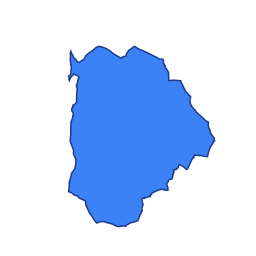 outline of Silivasu De Campie, Bistrita-Nasaud, Romania, rotated 70°
{"feature_id": "2599482B45748047003023", "entity_name": "Silivasu De Campie", "entity_type": "district", "adm_level": 2, "iso_a3": "ROU", "parent_name": "Romania", "parent_adm1": "Bistrita-Nasaud", "projection": "natural_earth1", "projection_center": [24.285, 46.784], "detail": "fine", "context": "isolated", "style": "filled", "palette": "blue", "viewbox_px": 256, "rotation_deg": 70, "n_neighbors": 0, "source": "geoboundaries", "source_scale": "gbopen_adm2", "svg_char_len": 5762}
<svg xmlns="http://www.w3.org/2000/svg" viewBox="0 0 256 256"><g transform="rotate(70 128 128)"><path d="M195.5,193.0L196.8,192.5L197.8,192.2L201.7,191.4L203.6,190.9L204.7,190.6L205.6,190.3L206.3,190.0L206.8,189.6L206.5,188.4L206.5,187.7L206.5,187.0L206.6,186.2L206.8,185.4L207.4,183.4L207.9,182.4L208.9,181.2L212.9,175.6L214.6,174.0L215.9,172.8L216.9,171.5L217.4,170.5L217.7,169.6L218.1,167.4L218.3,165.7L218.6,164.7L219.5,164.3L219.6,163.6L218.8,162.7L218.6,162.4L218.4,160.5L218.3,159.9L218.1,159.4L218.0,158.4L217.8,158.1L217.9,157.8L218.2,156.9L218.3,154.6L218.5,152.6L218.5,152.2L218.5,151.3L218.5,150.4L217.8,150.0L217.4,149.6L217.0,149.1L216.6,148.9L215.9,148.1L215.0,147.4L214.6,147.2L214.0,146.7L213.2,145.6L212.7,145.1L211.6,144.1L210.8,143.2L210.5,142.8L209.7,142.8L208.9,142.7L208.2,142.4L207.4,141.9L206.4,141.1L205.1,140.3L204.7,139.8L204.3,140.0L203.1,139.9L199.1,139.2L199.0,136.7L199.7,136.8L199.5,134.9L199.6,133.3L199.4,131.6L199.6,131.4L199.9,131.1L200.0,130.9L200.0,130.6L199.9,130.4L199.0,130.3L198.8,130.2L198.7,129.7L198.7,129.3L198.5,129.0L197.9,128.3L197.5,128.1L196.9,123.9L196.8,120.6L197.0,117.5L197.2,117.0L199.0,114.4L199.5,113.6L200.1,111.7L198.7,111.3L197.5,110.9L196.9,110.9L195.8,110.9L193.4,110.8L192.5,108.9L192.0,108.3L191.4,108.1L190.6,107.6L190.6,106.9L190.5,106.0L190.8,105.1L191.0,104.3L190.1,103.4L189.3,102.8L187.9,102.2L186.8,101.3L185.5,100.1L184.6,99.8L183.6,99.6L182.9,99.6L183.3,98.8L183.3,98.3L183.1,97.9L183.1,97.6L183.3,97.4L183.4,97.2L183.5,96.9L183.3,96.4L183.0,96.1L182.8,95.8L182.8,95.6L182.7,95.2L182.4,94.3L181.6,93.9L180.8,93.4L180.4,92.9L180.0,92.3L181.4,90.8L182.5,89.8L183.9,88.8L185.9,87.9L186.3,87.7L186.5,87.5L186.9,87.1L186.9,86.9L186.9,86.4L186.5,85.8L186.1,85.4L185.8,85.2L185.6,84.9L184.4,83.6L183.0,82.3L181.2,80.5L179.7,79.0L178.9,78.0L178.7,77.6L178.3,77.1L178.2,76.9L177.9,76.8L178.1,76.6L178.3,76.5L178.4,76.2L176.2,75.1L176.3,74.7L176.7,73.9L176.9,73.5L177.3,72.7L177.5,71.9L177.5,71.3L178.2,70.7L178.5,70.3L178.5,70.0L178.4,69.5L178.6,69.1L179.7,67.5L180.8,65.8L181.6,64.3L182.1,63.0L180.9,62.4L176.7,59.5L175.5,58.5L174.9,57.9L174.0,57.0L171.9,54.3L171.4,53.5L170.7,52.7L169.6,52.2L169.4,51.5L169.6,51.0L169.4,51.0L168.7,51.0L166.8,50.5L166.4,50.6L165.4,50.9L164.2,51.4L159.9,52.4L159.8,52.2L158.7,51.9L157.1,51.8L155.9,52.0L155.4,52.2L154.4,51.9L153.7,51.9L152.2,51.4L151.6,51.1L150.9,50.7L150.1,50.4L148.6,51.8L147.5,52.6L140.3,56.2L138.9,57.2L136.7,58.2L135.3,58.5L134.5,58.7L132.9,59.5L130.3,60.4L128.1,60.9L126.2,61.0L124.8,60.7L124.2,60.7L123.3,60.4L122.8,60.2L122.6,60.1L121.7,59.3L121.3,59.1L121.1,58.9L120.5,58.8L119.7,58.4L117.3,59.7L115.0,60.5L113.6,61.2L110.9,61.6L101.5,62.5L98.7,68.7L97.4,73.5L95.4,72.9L93.7,72.2L91.1,71.4L90.1,71.1L88.6,71.1L85.8,71.6L82.4,72.6L82.2,71.7L79.3,72.5L77.5,71.8L76.2,71.6L75.6,71.5L74.9,72.6L74.6,73.3L74.2,74.5L73.4,75.5L73.0,75.6L72.0,76.4L60.4,87.5L59.3,89.0L58.0,90.4L57.5,90.7L56.1,92.0L54.2,93.2L53.7,93.8L53.5,94.5L53.6,94.9L53.8,95.6L54.3,96.7L54.6,97.5L54.9,99.3L55.4,100.9L57.1,103.3L58.0,104.2L58.9,104.9L59.4,105.2L59.6,105.6L59.4,108.0L59.5,109.1L60.1,110.5L54.7,115.1L53.5,116.1L48.2,119.4L45.9,121.3L42.9,124.8L41.8,126.2L41.3,128.0L41.4,130.7L41.9,131.5L43.1,135.0L43.3,135.2L43.5,136.1L43.8,137.7L44.0,138.6L44.4,139.6L44.9,140.9L45.1,141.6L45.4,142.3L46.1,143.4L46.7,144.0L47.4,144.7L48.1,145.4L48.3,145.9L48.9,148.5L49.3,149.6L49.6,150.8L49.5,151.8L48.5,152.8L47.8,153.1L46.1,153.5L45.3,153.7L45.0,154.1L43.4,154.9L42.4,155.0L41.0,155.0L40.6,155.0L40.2,155.1L39.1,155.3L38.2,155.5L36.4,155.5L36.9,155.9L38.2,156.7L40.5,157.4L41.4,157.7L42.4,158.0L43.2,158.6L43.8,158.7L44.4,159.0L45.0,159.2L45.3,159.4L46.6,159.5L47.8,159.8L48.4,159.9L49.0,160.3L49.3,160.3L49.6,160.2L50.0,160.1L50.5,160.2L51.7,160.5L53.5,161.3L54.7,162.1L55.7,162.4L57.1,162.9L57.7,163.3L58.2,163.8L58.5,164.5L58.9,166.0L59.4,165.8L59.7,165.8L60.1,166.0L60.7,166.4L61.7,166.7L62.8,167.0L63.3,166.9L62.3,166.1L61.5,165.1L60.9,164.5L60.3,163.6L60.1,162.8L60.0,162.5L58.9,161.1L58.5,160.7L59.9,159.4L61.6,157.5L62.4,157.1L63.0,156.7L64.6,157.7L65.3,158.3L66.1,158.7L66.1,159.0L66.6,159.3L67.1,159.4L68.6,160.5L69.5,160.9L69.8,161.2L70.1,161.7L70.4,161.9L71.2,162.2L71.6,162.2L71.9,162.1L72.1,162.2L72.3,162.4L72.7,162.5L73.9,162.3L74.4,162.4L76.3,163.5L78.1,164.4L78.8,164.6L81.4,165.7L83.1,166.4L83.9,166.7L86.1,167.4L86.3,167.6L86.5,168.2L87.0,169.1L87.4,169.7L87.7,170.4L87.7,171.3L87.7,171.7L87.8,172.0L88.5,172.3L89.9,172.6L89.5,173.1L90.5,174.1L90.9,174.4L91.9,174.8L92.4,174.9L93.1,174.9L94.1,174.5L94.5,174.4L95.3,174.4L96.4,174.7L97.7,175.7L100.4,177.2L101.0,177.8L101.6,178.4L101.9,178.6L102.9,179.5L106.6,181.1L108.6,181.8L109.7,182.3L112.3,183.2L113.9,183.7L115.1,184.4L119.1,186.1L119.4,186.4L120.7,186.8L122.1,186.9L124.3,186.9L125.1,186.8L127.5,186.8L129.7,186.7L130.5,186.8L131.4,187.1L132.6,187.7L133.5,188.0L133.9,188.1L137.8,187.8L139.0,187.8L139.3,187.8L140.1,188.0L140.3,188.1L140.8,188.3L141.1,188.4L142.4,188.7L143.5,189.1L144.0,189.3L145.1,190.0L146.0,190.6L147.0,191.3L147.4,191.5L148.0,192.0L148.3,192.3L148.7,192.9L149.4,193.7L149.7,194.1L150.6,195.7L151.2,196.4L153.2,197.6L154.6,198.5L156.5,200.0L156.9,200.4L159.1,201.8L159.4,201.8L160.0,202.2L161.4,202.7L162.5,203.0L163.2,203.3L163.5,203.4L164.0,203.8L167.3,205.6L167.7,205.3L168.2,204.9L168.7,204.1L168.8,203.9L169.5,203.4L170.1,202.9L170.5,202.6L171.9,201.8L172.8,201.1L173.7,200.2L174.4,198.8L174.8,198.7L175.4,198.4L176.7,198.0L177.1,197.8L178.1,196.9L179.2,195.7L179.5,195.3L180.9,194.0L181.3,193.5L181.7,193.2L182.2,193.0L182.6,193.0L184.0,193.4L185.6,193.9L185.8,193.6L186.3,193.6L187.3,193.8L187.7,193.8L188.2,193.6L188.9,193.5L190.2,193.7L190.6,193.7L192.3,193.4L193.1,193.4L194.7,193.2L195.5,193.0Z" fill="#3b82f6" stroke="#1e3a8a" stroke-width="1.5"/></g></svg>